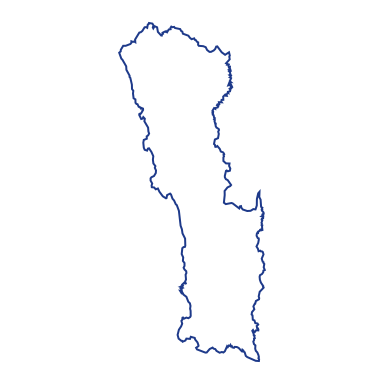 Miandrivazo, Menabe, Madagascar
{"feature_id": "10022922B2580716977723", "entity_name": "Miandrivazo", "entity_type": "district", "adm_level": 2, "iso_a3": "MDG", "parent_name": "Madagascar", "parent_adm1": "Menabe", "projection": "natural_earth1", "projection_center": [45.43, -19.207], "detail": "fine", "context": "isolated", "style": "outline", "palette": "blue", "viewbox_px": 384, "rotation_deg": 0, "n_neighbors": 0, "source": "geoboundaries", "source_scale": "gbopen_adm2", "svg_char_len": 5987}
<svg xmlns="http://www.w3.org/2000/svg" viewBox="0 0 384 384"><path d="M259.8,230.7L260.1,229.8L261.5,229.2L261.7,230.2L262.4,230.0L262.0,226.7L262.3,225.4L261.6,225.1L261.9,223.6L261.5,222.8L262.3,220.4L261.6,219.7L261.8,218.9L263.1,218.3L263.2,217.0L261.7,216.4L262.9,215.8L262.3,215.3L262.4,214.4L262.8,214.1L263.1,214.7L263.7,213.8L263.5,212.4L261.9,210.6L262.3,209.8L261.7,209.2L262.4,207.8L261.1,206.8L260.6,199.7L259.3,197.1L259.5,191.8L258.2,193.3L256.9,199.0L256.8,205.5L255.5,209.4L253.3,209.1L250.6,210.8L247.2,211.0L242.8,209.5L241.4,207.8L241.0,206.1L239.9,206.4L239.2,208.4L232.7,203.4L231.5,203.0L225.8,204.1L223.9,202.7L224.7,195.0L224.6,191.0L227.5,187.4L230.2,186.1L231.1,185.0L227.7,180.1L225.9,179.2L224.9,177.4L224.8,176.0L226.0,170.9L226.7,170.5L227.8,171.3L229.9,170.7L230.3,168.5L229.1,165.9L229.5,163.5L226.0,163.4L223.4,161.0L223.4,157.3L224.0,156.4L223.5,154.9L224.2,154.3L223.9,153.5L223.1,152.4L220.8,151.5L219.7,148.8L217.3,146.0L216.0,146.9L215.3,146.8L214.9,144.8L214.0,144.0L214.9,139.5L218.0,138.2L218.8,133.9L218.2,131.7L219.0,130.0L218.7,129.0L216.4,127.5L215.6,125.9L215.7,123.9L215.3,124.0L214.5,121.0L214.9,120.0L214.0,119.2L214.8,118.1L214.0,117.3L213.6,115.2L212.9,114.8L213.0,113.4L212.6,113.6L212.4,112.1L213.0,111.4L212.5,110.7L214.1,108.1L215.3,108.8L215.3,108.0L217.7,107.4L218.3,105.9L217.0,105.2L217.4,104.5L218.4,105.3L218.5,104.5L219.3,104.2L218.9,102.2L221.6,102.3L221.2,101.8L221.6,99.9L223.3,99.8L223.2,96.6L225.1,94.7L225.6,95.7L226.8,95.8L226.5,95.0L226.9,94.1L227.7,92.7L228.3,93.0L228.0,91.8L230.0,91.3L230.4,89.8L229.7,88.9L230.9,88.4L230.5,87.9L230.8,86.8L231.4,87.7L232.2,87.1L231.0,84.5L230.4,85.5L229.2,85.0L228.3,85.3L229.1,83.2L230.0,83.6L229.8,81.8L230.6,81.9L229.8,81.2L231.1,78.2L230.1,77.5L230.7,77.3L230.6,76.1L229.8,75.4L230.5,75.3L230.8,75.9L231.1,75.4L229.9,74.4L230.3,73.9L230.0,72.4L229.1,71.4L230.2,71.1L229.2,70.0L230.1,69.9L229.7,69.4L230.2,69.1L229.8,68.2L229.9,67.0L228.9,67.4L228.5,66.0L228.8,64.7L227.4,64.7L227.8,64.1L226.1,63.3L229.7,59.3L229.3,56.6L229.8,55.6L229.0,52.3L225.1,54.8L221.7,52.3L217.3,46.4L216.2,46.6L215.2,49.0L213.7,50.5L210.9,51.9L209.5,51.9L207.1,50.0L205.7,47.2L203.3,46.2L198.8,45.8L198.1,44.8L198.2,42.4L196.9,41.7L195.7,40.0L194.8,39.8L194.2,38.4L191.6,39.2L189.8,37.7L188.4,35.7L182.9,33.7L182.3,31.6L181.0,30.8L180.2,29.1L175.0,28.0L174.1,26.9L172.5,27.2L171.3,26.6L170.5,27.8L170.6,29.2L168.7,29.5L167.1,32.2L166.2,31.3L165.8,31.9L165.1,31.5L163.2,32.4L162.5,32.9L163.0,33.8L161.8,34.6L161.8,35.5L161.2,35.5L157.9,31.9L157.1,27.3L154.6,26.2L153.3,28.4L152.8,27.4L153.5,25.4L152.4,23.6L149.0,23.0L148.7,24.1L147.8,24.5L147.2,27.8L146.0,27.1L144.6,27.3L142.3,31.0L140.8,32.2L139.3,32.6L135.1,39.5L135.3,42.2L134.1,41.5L133.0,41.9L131.4,41.3L131.3,42.9L130.4,44.0L125.7,45.8L123.2,45.8L120.8,49.8L120.7,51.4L119.2,52.7L121.3,58.6L122.4,59.7L126.2,66.3L126.4,69.8L129.6,75.7L129.5,76.9L130.3,77.8L131.9,84.7L132.0,89.0L133.3,90.8L133.0,93.5L133.6,98.3L135.4,99.4L135.5,102.8L136.5,104.0L137.5,104.2L138.7,106.8L139.6,106.9L140.9,108.5L141.1,107.8L143.0,108.6L143.1,109.9L141.4,112.9L140.1,114.4L139.9,113.7L139.4,113.9L139.2,114.9L141.2,119.0L142.6,118.6L143.3,117.1L144.8,118.7L144.4,121.3L148.1,127.6L148.4,131.5L149.1,133.5L148.2,135.3L146.7,136.4L146.8,138.7L143.8,139.9L143.3,142.7L143.8,147.7L144.7,149.8L147.1,150.6L147.9,148.6L149.0,148.3L151.4,151.9L153.3,156.2L152.9,159.7L153.4,163.5L155.4,166.1L154.8,167.8L156.0,170.4L155.8,173.0L154.0,176.0L151.5,177.2L150.6,178.3L150.6,180.6L152.2,183.5L151.6,185.5L151.8,187.2L154.2,187.5L155.7,189.3L157.9,188.5L159.4,191.7L162.8,196.3L166.0,198.3L166.5,198.1L167.1,195.1L170.1,193.6L171.0,194.5L172.5,198.7L174.1,200.5L175.8,204.3L176.8,205.1L178.9,210.8L180.6,225.7L181.9,229.3L182.5,233.4L185.1,238.6L185.3,245.7L184.9,246.9L183.5,247.1L182.3,248.2L181.7,254.1L183.2,257.4L182.9,260.9L184.5,263.0L184.5,265.9L183.6,267.7L184.5,269.5L186.2,271.2L186.4,273.0L185.6,274.7L186.0,279.5L185.1,281.7L185.8,283.4L185.2,283.6L184.2,282.7L182.2,284.6L182.8,285.4L181.4,286.2L182.5,286.4L182.6,287.1L181.0,287.3L182.4,288.0L180.8,288.7L181.7,289.8L181.8,291.1L180.1,290.8L181.7,293.4L182.3,293.6L181.9,292.5L182.3,292.3L183.6,294.7L186.4,296.8L188.3,301.7L189.9,303.3L190.5,305.9L190.1,308.8L190.6,310.8L190.7,315.9L190.2,317.0L188.4,318.2L186.3,317.6L184.0,318.7L183.0,317.5L182.5,317.7L182.2,319.9L181.4,320.9L182.2,323.7L181.1,326.4L178.9,329.7L177.6,334.9L178.6,338.6L181.3,340.8L182.2,340.9L182.6,341.7L185.4,340.5L186.4,338.6L190.0,338.9L190.8,336.8L194.7,337.9L195.2,339.6L197.5,342.4L198.5,345.4L198.4,346.1L196.1,347.8L197.0,349.4L205.4,352.6L206.7,352.5L209.7,349.0L212.6,347.6L213.5,348.6L215.3,349.1L216.5,350.9L219.6,352.7L221.9,352.0L223.4,352.5L224.9,351.2L227.1,346.2L227.8,347.1L228.9,345.5L230.0,346.0L230.5,345.1L231.0,346.4L231.8,346.1L232.3,347.4L234.0,347.8L234.6,346.9L236.8,347.0L238.6,347.9L241.9,351.4L242.7,351.5L242.7,350.0L243.4,350.6L243.3,351.3L244.7,352.3L245.8,355.9L247.3,357.1L255.7,360.8L258.9,361.0L259.1,359.2L258.4,358.1L258.9,357.1L258.4,355.0L257.3,352.4L255.8,350.8L255.2,348.7L255.4,345.4L254.0,344.1L253.3,341.6L254.1,340.0L254.0,338.7L254.8,338.2L254.3,336.6L254.6,335.6L253.7,335.1L253.7,333.9L252.3,330.8L253.0,330.0L253.9,331.6L254.8,332.0L256.2,330.2L258.3,330.4L258.4,329.6L257.9,328.3L257.1,328.1L256.7,326.0L258.2,324.6L257.5,323.5L255.3,323.1L254.5,320.5L252.8,319.7L252.5,315.4L251.6,314.5L252.0,312.1L254.3,309.3L253.4,306.4L254.8,303.7L255.2,303.7L255.9,301.0L259.0,299.3L259.2,298.1L258.7,296.4L259.7,291.8L263.6,287.7L263.0,286.8L263.3,286.2L260.9,282.6L259.9,279.8L259.6,276.8L260.0,275.2L262.0,274.0L263.2,272.3L263.4,270.6L264.8,270.0L263.7,267.3L264.3,264.0L263.6,263.3L263.5,262.2L262.7,261.7L261.7,258.7L263.5,254.4L262.8,252.0L262.0,251.4L260.9,251.4L260.3,250.7L258.6,251.2L257.9,248.7L256.5,246.5L258.2,243.0L258.8,239.7L258.7,238.4L257.7,238.0L256.6,235.8L256.8,233.8L257.5,232.5L258.1,232.8L258.3,231.5L259.8,230.7Z" fill="none" stroke="#1e3a8a" stroke-width="2"/></svg>